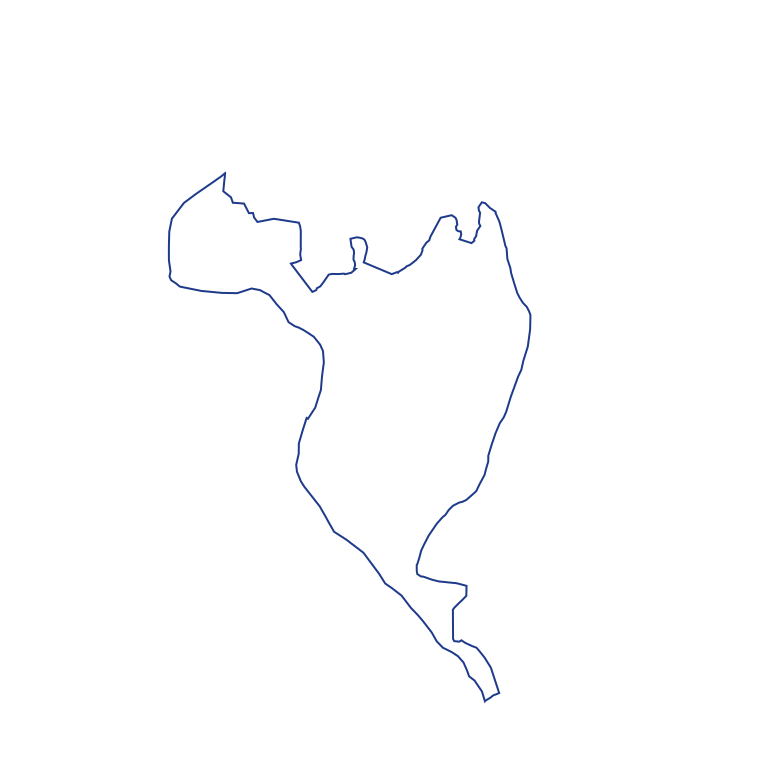 outline of Alfath, Asyut, Egypt, rotated 34°
{"feature_id": "37247803B50219622339720", "entity_name": "Alfath", "entity_type": "district", "adm_level": 2, "iso_a3": "EGY", "parent_name": "Egypt", "parent_adm1": "Asyut", "projection": "natural_earth1", "projection_center": [31.209, 27.218], "detail": "fine", "context": "isolated", "style": "outline", "palette": "blue", "viewbox_px": 768, "rotation_deg": 34, "n_neighbors": 0, "source": "geoboundaries", "source_scale": "gbopen_adm2", "svg_char_len": 3621}
<svg xmlns="http://www.w3.org/2000/svg" viewBox="0 0 768 768"><g transform="rotate(34 384 384)"><path d="M134.4,298.1L132.7,303.7L121.6,332.2L116.9,345.7L115.7,365.5L120.8,377.8L128.9,390.5L136.5,401.7L140.3,405.9L140.4,406.1L140.6,406.2L144.1,410.1L146.1,414.9L149.6,417.0L155.1,416.9L160.3,417.4L180.5,409.0L198.7,399.1L211.5,390.8L220.8,378.9L228.7,375.5L234.9,374.9L239.3,374.3L246.3,376.6L246.6,376.6L250.3,377.9L260.7,380.4L270.3,386.1L277.7,386.0L281.7,384.9L287.1,384.3L294.6,384.1L299.5,384.1L309.0,387.1L315.0,390.8L322.1,399.8L327.9,411.5L330.9,416.9L335.0,424.2L337.6,433.4L340.2,442.0L340.4,455.4L338.9,455.4L339.6,458.0L342.6,468.2L346.7,481.0L352.3,489.5L356.4,500.1L360.9,505.4L369.4,511.1L375.3,513.7L399.2,521.4L402.8,523.2L407.3,525.4L410.7,527.1L414.7,529.2L425.2,534.4L425.3,534.4L430.8,534.3L441.1,534.1L444.7,534.4L446.1,534.5L450.1,534.7L461.4,535.4L486.4,544.2L491.8,546.6L495.8,548.4L496.5,548.7L504.2,548.8L516.9,549.6L531.3,554.5L541.1,556.6L548.9,558.8L562.5,563.3L571.5,567.8L580.2,569.7L590.0,568.4L597.5,568.3L605.6,570.4L613.2,575.2L618.1,578.8L624.8,579.2L637.1,584.1L645.0,590.5L645.0,590.4L645.4,589.3L647.6,584.6L648.7,581.0L650.5,578.5L652.3,575.8L631.2,559.4L620.2,554.5L612.5,552.1L608.1,550.9L604.8,551.7L603.7,552.0L595.9,553.2L594.9,553.2L591.5,553.2L591.4,553.5L590.4,555.6L586.0,557.9L583.8,556.7L581.2,552.9L567.4,532.7L567.4,530.3L568.5,524.4L569.6,519.6L570.7,513.6L565.3,505.2L561.2,506.6L558.6,507.5L555.3,508.7L548.7,512.3L544.3,514.6L539.9,517.0L533.2,519.4L524.4,521.7L522.2,522.9L517.8,522.9L515.6,520.5L512.3,515.7L512.3,514.5L510.8,509.5L510.1,507.3L508.0,501.3L506.9,494.1L505.8,484.5L505.9,470.2L507.0,461.8L508.1,458.2L508.1,452.2L509.3,446.3L512.6,440.3L514.8,437.9L517.0,434.3L519.2,426.0L519.6,424.6L520.4,421.2L519.3,414.0L518.2,403.2L515.6,395.8L513.8,390.0L510.6,385.2L507.3,374.5L504.0,362.5L501.9,351.7L501.9,344.5L500.8,338.5L496.4,324.2L494.8,317.9L494.3,315.8L491.0,302.6L489.9,295.4L486.6,287.0L482.3,272.6L474.6,257.0L466.9,245.0L463.6,242.6L459.2,240.2L453.7,239.0L448.2,236.6L443.8,234.2L436.1,228.1L427.3,220.9L424.0,217.3L416.3,211.3L409.7,202.9L407.5,201.7L394.3,189.6L388.8,184.8L381.1,180.0L380.2,178.8L373.4,178.8L366.8,177.5L363.5,178.7L363.5,184.7L365.7,187.1L367.9,188.3L372.2,196.7L373.3,197.9L375.5,199.1L375.5,205.1L377.7,209.9L377.7,213.5L378.8,214.7L377.7,218.3L373.5,219.5L365.6,221.8L365.6,220.6L364.5,217.0L363.4,215.8L362.3,214.6L360.1,215.8L357.9,215.8L355.7,213.4L355.7,211.0L352.4,207.4L350.2,206.2L345.8,206.2L344.6,207.4L340.2,212.1L338.0,214.5L340.1,236.0L341.2,239.6L340.1,243.2L340.1,250.4L341.2,251.6L342.3,256.4L341.2,263.6L338.9,270.7L336.7,274.3L336.7,275.5L333.4,282.7L333.4,283.9L332.3,283.9L329.0,288.6L310.4,292.3L299.2,294.5L298.1,290.9L297.0,288.5L295.9,284.9L293.7,280.1L289.3,276.5L287.1,275.3L284.9,275.3L281.6,276.5L279.4,277.6L278.3,278.8L276.1,281.2L275.0,282.4L277.1,284.8L280.4,288.4L283.7,289.6L285.9,292.0L287.0,294.4L289.2,298.0L291.4,299.2L293.6,301.6L294.7,305.2L296.2,304.4L294.7,310.0L290.3,314.8L289.2,314.8L284.8,318.3L279.2,321.9L277.0,324.3L276.9,333.6L276.6,338.7L274.8,342.2L275.3,343.7L275.0,344.6L274.4,345.6L273.1,347.7L240.4,336.6L239.5,336.2L243.2,332.1L246.0,327.6L243.8,325.3L242.1,323.5L239.4,318.2L238.3,316.9L229.5,303.7L226.2,300.1L223.2,297.9L200.5,308.5L198.9,310.0L188.5,320.4L187.0,319.9L183.2,318.6L179.8,315.5L176.5,317.9L167.1,312.7L163.5,314.7L159.5,317.0L157.3,318.3L156.4,317.5L155.4,316.8L152.8,314.8L151.2,314.7L143.0,314.1L137.1,303.2L136.7,302.3L135.9,300.8L135.4,300.0L134.5,298.3L134.5,298.2L134.4,298.1Z" fill="none" stroke="#1e3a8a" stroke-width="2"/></g></svg>